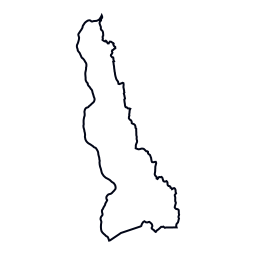 outline of Ibotirama, Bahia, Brazil
{"feature_id": "56859067B45817920409043", "entity_name": "Ibotirama", "entity_type": "district", "adm_level": 2, "iso_a3": "BRA", "parent_name": "Brazil", "parent_adm1": "Bahia", "projection": "robinson", "projection_center": [-43.208, -11.971], "detail": "fine", "context": "isolated", "style": "outline", "palette": "ink", "viewbox_px": 256, "rotation_deg": 0, "n_neighbors": 0, "source": "geoboundaries", "source_scale": "gbopen_adm2", "svg_char_len": 5795}
<svg xmlns="http://www.w3.org/2000/svg" viewBox="0 0 256 256"><path d="M86.1,63.2L86.4,64.4L86.4,65.9L86.3,66.8L86.0,67.8L86.1,68.8L85.7,71.0L85.4,72.2L85.3,73.4L85.3,74.2L85.4,75.4L85.5,76.7L85.6,77.6L85.6,79.5L85.8,80.5L86.3,81.6L86.9,82.5L87.5,83.0L87.8,83.7L87.8,84.6L88.5,85.8L89.5,86.8L90.3,88.0L90.8,88.8L91.5,89.5L92.1,90.5L92.6,92.7L93.3,94.8L93.8,96.7L94.5,98.4L94.6,99.4L94.4,100.4L94.0,101.6L93.0,102.7L91.8,103.7L90.4,105.1L89.0,106.2L88.3,107.1L87.4,107.5L86.5,107.7L85.7,108.3L85.3,108.9L84.9,109.7L84.6,110.9L84.4,111.9L84.6,113.0L84.7,115.1L84.5,116.2L84.2,116.9L83.8,118.9L83.6,120.4L83.6,122.6L83.7,124.0L83.6,125.0L83.4,125.8L83.5,126.9L83.6,127.7L84.0,129.1L84.3,130.3L84.4,131.3L84.8,132.7L85.1,134.9L84.9,136.9L85.1,137.7L85.4,139.3L86.0,140.7L86.8,141.8L87.9,142.9L88.9,143.6L89.8,144.1L90.8,144.7L91.9,145.5L92.9,146.1L93.4,146.7L94.0,147.2L95.0,147.6L95.9,148.1L97.0,149.8L97.9,151.5L98.2,152.7L98.3,154.2L98.8,156.2L99.2,157.6L99.4,159.5L99.7,160.7L99.5,162.6L99.7,164.7L100.1,166.7L100.8,168.7L101.5,171.7L102.0,173.3L103.7,175.9L105.7,177.7L108.5,179.2L109.8,180.0L111.8,181.9L113.1,182.7L113.7,183.1L114.2,183.7L115.2,185.3L115.6,187.1L115.6,188.2L115.4,189.0L114.1,190.7L112.9,191.9L112.0,192.9L111.1,193.6L110.4,193.9L109.1,194.2L108.3,194.5L107.2,195.6L106.5,196.7L106.3,197.9L106.5,199.0L107.2,200.1L106.7,201.2L106.3,201.9L105.3,203.6L105.1,204.8L104.6,205.7L103.6,207.3L102.8,209.1L102.1,210.0L101.9,211.0L102.1,212.4L102.5,213.9L102.5,214.9L101.9,215.8L101.3,216.5L100.9,217.3L100.6,218.2L100.6,219.5L101.1,220.8L101.4,221.9L101.0,224.7L100.9,227.0L101.1,229.5L101.6,231.3L102.5,232.6L104.0,234.1L104.8,234.7L105.7,235.7L106.5,236.3L107.2,236.6L107.8,237.1L108.5,238.7L109.1,240.6L110.1,240.3L119.2,234.2L120.9,233.0L140.6,226.4L141.3,225.9L141.6,224.8L141.9,224.0L142.4,223.3L142.8,222.5L143.4,221.9L144.4,221.3L145.2,221.8L145.9,222.3L146.9,222.4L147.7,222.4L148.5,222.0L149.4,221.9L150.0,222.4L151.5,223.7L152.0,224.6L152.3,225.6L152.3,226.4L151.6,228.0L152.1,228.9L152.9,229.5L153.8,230.0L154.6,231.1L155.6,231.9L156.2,231.6L156.5,230.7L158.4,229.4L159.4,228.5L160.4,227.6L161.1,226.9L162.6,226.9L163.3,226.6L164.1,227.2L164.9,227.8L165.9,227.5L176.6,227.4L176.2,226.2L176.3,224.9L176.6,223.9L177.2,223.2L177.9,222.5L178.3,221.2L178.6,219.8L179.0,218.6L178.5,217.3L178.5,216.3L178.9,215.5L179.1,214.6L178.8,213.4L178.8,211.6L178.7,210.1L177.7,209.2L176.2,209.0L175.2,208.2L174.7,207.3L174.9,206.2L175.3,204.9L175.8,203.2L175.8,202.3L175.3,201.6L175.2,200.2L175.2,199.1L175.3,197.9L175.1,196.7L174.8,195.8L174.8,194.9L175.3,194.2L176.1,193.3L175.6,192.0L175.6,190.7L175.4,189.6L174.9,188.6L174.2,188.1L173.3,188.3L172.6,188.9L172.0,189.2L171.6,188.3L170.5,187.7L170.3,186.6L169.5,186.1L168.6,186.0L167.8,185.3L167.5,184.1L167.5,182.8L167.2,181.9L166.5,181.1L165.5,181.5L164.2,181.6L163.2,180.8L163.0,179.9L162.7,179.0L162.3,177.7L161.5,176.9L160.5,177.2L159.5,177.0L158.6,177.3L158.2,178.2L157.5,179.0L156.6,178.5L156.6,177.5L156.3,176.6L155.4,175.8L155.0,175.1L154.7,174.1L154.9,173.0L155.1,171.8L155.2,170.6L155.2,169.5L155.3,168.6L155.3,167.8L155.3,166.8L155.6,165.5L155.9,164.4L156.2,163.1L155.8,161.9L154.8,161.9L154.0,162.2L153.0,162.2L152.1,162.1L151.7,161.3L151.4,160.0L151.2,158.8L151.1,157.9L150.7,157.0L150.4,156.1L149.9,154.9L148.6,154.1L148.0,153.2L148.0,151.8L147.4,151.3L146.3,151.3L145.8,150.8L143.9,149.0L143.1,148.7L142.0,148.6L141.1,148.7L140.3,149.0L138.8,149.3L138.1,149.2L137.0,148.8L135.7,148.3L135.8,146.7L135.8,145.5L136.0,144.5L136.3,143.8L136.6,143.0L137.0,142.1L137.1,141.2L137.0,140.4L136.7,139.5L136.6,138.5L136.7,137.5L136.7,136.6L136.4,135.6L136.3,134.3L136.3,133.2L136.3,132.1L136.2,131.1L136.2,129.8L136.2,128.7L135.5,127.9L135.4,126.3L134.9,125.0L134.0,124.2L133.3,123.9L132.6,123.7L131.8,123.2L131.6,121.5L131.0,120.3L130.3,120.0L129.6,119.3L128.9,118.4L128.9,117.4L129.0,116.5L129.4,115.7L129.2,114.9L129.3,113.7L129.5,112.6L129.6,110.9L129.8,110.0L130.3,108.8L129.0,108.4L128.1,108.5L127.5,108.1L126.7,107.3L125.7,107.2L125.3,106.5L125.0,105.4L124.9,104.1L124.7,102.9L124.5,101.7L124.4,100.6L124.3,99.5L125.0,98.6L124.8,97.5L124.5,96.4L124.4,95.5L124.1,94.5L123.8,93.4L124.4,92.5L124.1,91.5L124.1,90.5L123.8,89.1L123.6,88.0L123.4,87.1L123.5,86.2L123.6,85.0L123.6,84.2L123.4,83.1L122.6,82.8L121.7,83.2L120.7,83.6L119.4,84.1L118.5,83.9L118.2,82.5L118.0,81.5L117.3,80.7L116.4,79.3L116.0,78.1L115.5,76.4L115.2,75.0L115.0,73.9L114.9,72.7L114.6,71.6L114.5,70.5L114.4,69.7L114.2,68.5L114.1,67.3L114.0,66.1L113.7,64.7L113.5,62.7L113.2,61.8L114.1,61.3L113.5,60.2L113.4,58.5L113.2,57.5L112.2,57.3L111.5,56.5L110.9,55.7L111.0,54.8L111.9,53.8L112.4,52.7L111.9,51.2L112.3,50.2L113.3,49.8L114.2,48.8L115.3,48.3L115.2,46.9L114.4,46.4L113.9,45.8L113.3,44.5L113.7,43.7L113.3,43.1L112.6,42.8L111.7,42.2L111.2,41.8L109.9,41.6L109.1,42.6L108.7,43.4L107.8,43.4L107.2,42.6L106.6,41.4L105.9,40.8L105.4,41.5L104.4,41.2L103.4,40.6L102.5,39.9L102.9,38.2L102.6,37.4L102.7,36.3L103.2,35.8L103.2,34.4L103.1,33.5L103.0,32.3L102.6,31.2L101.9,30.3L101.2,29.8L100.8,28.8L100.9,27.9L100.8,26.8L100.4,25.8L100.0,24.8L99.7,23.8L99.5,23.0L99.8,22.2L100.0,21.2L101.0,20.6L101.1,19.6L101.2,18.6L102.1,17.8L102.2,17.0L102.0,16.1L101.7,15.4L101.2,16.6L100.4,17.8L99.9,18.7L99.2,19.5L98.3,20.1L97.2,20.6L96.4,20.9L94.6,21.0L93.5,21.1L92.3,21.5L91.4,21.4L90.5,20.6L89.6,20.3L88.6,20.4L87.6,20.7L86.0,21.8L85.4,22.3L84.8,22.9L84.3,23.6L83.7,24.6L83.0,25.5L82.7,26.3L82.6,27.0L82.4,27.8L81.4,29.6L80.2,31.3L79.3,32.7L78.6,33.7L78.3,34.7L78.5,35.6L78.8,36.5L79.1,37.7L79.0,38.6L78.9,39.5L78.6,40.7L78.0,42.8L77.5,44.0L77.1,44.7L76.9,45.7L76.9,46.8L77.1,47.8L77.5,48.8L77.7,49.8L77.8,50.6L78.6,51.7L79.6,52.9L80.7,55.3L81.1,56.2L81.4,57.0L81.9,57.8L82.7,58.3L83.8,59.5L84.5,60.5L85.0,61.5L85.4,62.1L86.1,63.2Z" fill="none" stroke="#020617" stroke-width="2"/></svg>